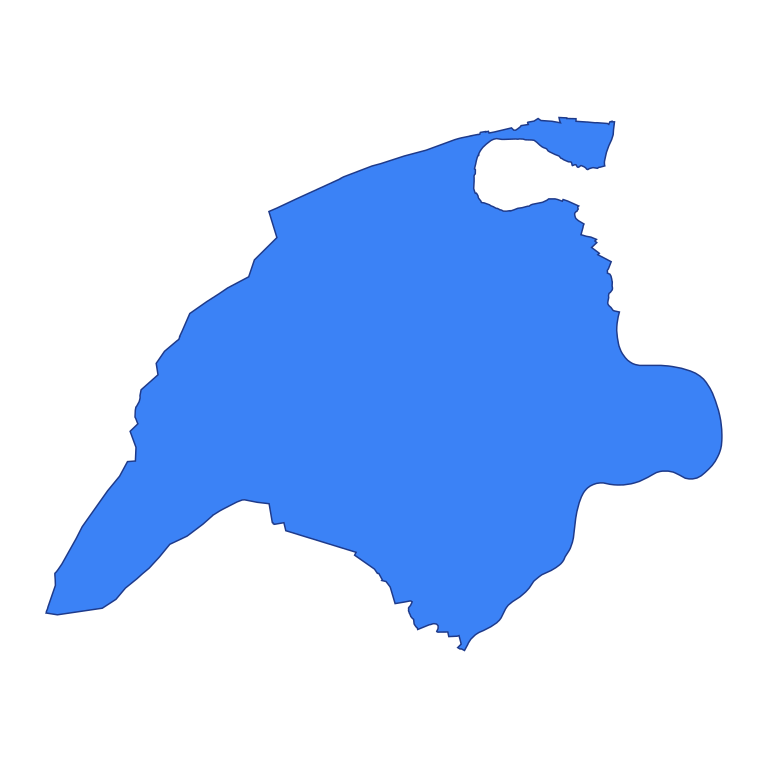 the district of Brummen, Gelderland, Netherlands
{"feature_id": "6326949B17971297076651", "entity_name": "Brummen", "entity_type": "district", "adm_level": 2, "iso_a3": "NLD", "parent_name": "Netherlands", "parent_adm1": "Gelderland", "projection": "albers", "projection_center": [6.134, 52.111], "detail": "fine", "context": "isolated", "style": "filled", "palette": "blue", "viewbox_px": 768, "rotation_deg": 0, "n_neighbors": 0, "source": "geoboundaries", "source_scale": "gbopen_adm2", "svg_char_len": 6104}
<svg xmlns="http://www.w3.org/2000/svg" viewBox="0 0 768 768"><path d="M54.9,573.3L54.9,575.1L55.2,579.2L55.4,585.4L48.0,606.9L47.5,608.9L46.4,611.4L46.3,612.6L46.1,613.0L57.4,614.8L102.3,608.2L116.0,599.3L125.4,588.1L137.0,578.7L142.4,573.8L149.1,568.2L159.4,557.0L169.8,544.3L187.1,536.1L203.0,524.1L212.8,515.4L212.9,515.1L213.1,514.9L213.4,514.9L219.6,511.0L222.7,509.3L228.5,506.3L236.9,502.0L242.1,500.0L244.5,499.8L257.2,502.3L269.1,503.7L272.3,522.5L272.9,522.6L273.1,523.5L273.3,523.8L274.0,523.9L274.2,524.3L275.7,524.1L283.9,522.7L285.8,530.7L356.1,552.3L354.6,555.2L374.5,569.1L377.2,573.1L377.6,573.1L377.7,573.4L378.9,573.6L382.7,580.6L381.9,580.4L381.8,580.5L386.0,581.5L389.6,586.2L390.0,586.7L390.5,588.0L395.1,603.6L404.6,602.0L410.3,600.9L411.2,601.2L412.1,601.8L411.9,602.5L410.5,605.5L409.8,606.3L409.6,606.4L408.6,607.8L408.5,608.2L408.7,609.2L408.5,610.2L408.6,611.1L409.1,612.1L409.2,612.9L410.0,614.3L410.8,616.5L412.4,618.4L413.6,619.3L414.1,623.7L414.3,624.3L416.0,626.8L417.3,628.0L417.7,629.5L429.2,624.8L430.8,624.5L433.1,623.7L434.6,623.7L436.6,624.1L438.1,625.7L438.1,628.4L437.6,629.6L436.7,631.4L436.9,631.7L437.8,632.1L447.8,632.0L448.8,636.6L457.2,636.2L459.0,635.6L460.7,642.1L461.1,644.2L457.7,647.6L460.0,649.0L461.4,648.9L464.5,650.5L467.9,644.2L468.2,643.3L470.8,639.2L475.0,635.1L476.2,634.2L479.1,632.4L483.5,630.5L490.9,626.7L496.7,622.8L497.6,621.9L499.4,620.2L501.1,617.9L505.6,608.8L506.9,606.9L508.3,605.1L512.6,601.6L519.9,596.9L522.5,594.7L525.8,591.8L529.3,587.9L533.7,581.3L534.9,580.2L539.0,576.8L541.9,574.7L551.1,570.5L555.8,567.7L559.3,565.1L561.0,563.6L562.7,561.6L563.9,559.7L565.1,556.8L569.2,550.4L570.3,548.3L572.4,542.3L573.4,537.9L575.7,518.3L576.9,511.5L579.2,502.7L581.4,496.8L583.3,493.1L584.5,491.3L586.3,489.2L587.6,487.9L590.2,486.0L593.3,484.5L596.5,483.4L600.2,482.9L603.2,482.9L609.9,484.3L614.0,484.8L617.7,485.0L623.5,484.9L631.1,483.8L634.6,482.9L639.4,481.4L647.7,477.4L653.5,474.1L656.5,472.5L660.0,471.5L662.6,471.1L668.1,471.1L673.2,472.1L675.3,473.0L679.6,475.1L685.2,478.2L689.0,478.9L692.7,478.9L697.0,478.0L701.3,475.7L705.1,472.5L708.7,469.1L712.2,465.4L715.2,461.3L717.6,456.9L719.1,453.7L720.0,451.2L720.7,448.9L721.4,445.5L721.8,440.8L721.9,437.9L721.9,434.9L721.7,429.4L721.2,424.6L720.7,420.5L719.7,415.4L718.5,410.4L715.4,400.7L712.5,393.2L710.0,388.3L706.2,382.4L703.5,379.1L699.9,376.0L695.5,373.2L690.4,371.0L681.6,368.3L672.7,366.6L668.5,366.0L660.9,365.4L639.5,365.4L635.5,364.6L632.7,363.6L630.3,362.2L627.6,360.2L625.2,357.6L622.4,353.7L621.0,351.2L620.0,348.7L619.0,346.0L618.5,343.9L617.4,337.7L616.7,330.6L616.8,326.9L617.1,323.3L618.2,316.7L619.4,312.0L614.7,311.0L613.3,310.5L612.8,310.0L611.0,307.5L609.2,305.9L608.2,304.6L608.0,304.1L607.7,303.1L608.0,300.9L608.7,297.7L608.5,295.7L608.9,293.7L609.1,293.3L610.4,292.3L612.3,289.7L612.5,288.1L612.1,285.8L612.3,281.9L612.0,280.9L611.7,278.9L611.0,276.1L609.9,274.2L607.4,273.1L607.5,272.5L607.3,270.6L607.5,270.1L608.3,269.0L608.7,268.1L611.2,261.7L598.0,254.8L597.8,254.7L599.3,253.3L591.6,247.5L596.8,242.6L594.9,241.0L596.5,239.4L590.9,237.1L586.4,236.3L581.0,234.7L583.0,227.4L583.2,225.9L584.0,224.0L579.1,221.1L577.8,220.2L576.0,218.6L575.7,218.2L575.1,216.6L574.7,214.9L574.7,213.4L575.1,212.7L576.0,211.7L577.1,211.1L577.5,210.1L578.2,209.1L577.8,207.8L577.8,206.7L578.7,206.0L567.6,201.0L563.1,199.5L562.3,201.2L557.6,199.5L555.1,198.9L548.7,198.9L546.8,200.3L542.5,202.3L532.5,204.3L530.9,204.9L529.0,206.2L527.7,206.2L522.1,207.7L517.8,208.3L514.0,209.8L510.7,210.9L509.9,210.9L509.9,210.7L506.2,211.2L503.3,211.1L501.5,210.1L499.7,209.7L499.0,209.2L497.3,208.4L496.1,208.3L493.3,206.7L490.9,205.8L489.5,204.8L484.2,202.9L481.4,202.5L480.9,201.1L478.6,198.2L478.2,197.2L478.1,196.1L477.2,194.3L476.3,193.1L475.4,193.3L475.0,192.7L473.7,188.6L474.1,181.2L474.1,178.0L474.0,176.2L474.3,175.1L474.6,174.6L475.1,174.1L475.3,173.7L475.4,169.7L475.2,169.3L474.5,169.0L474.5,168.6L475.6,164.3L476.3,160.9L477.3,157.2L478.1,155.6L478.6,155.5L478.9,154.9L478.5,154.3L479.9,151.5L481.2,149.5L482.9,147.3L486.3,144.1L490.8,140.6L492.4,139.8L493.8,139.2L496.5,138.6L501.9,139.4L503.9,139.4L515.7,139.0L517.9,139.2L519.7,138.9L521.0,139.0L523.1,139.1L525.4,139.8L531.7,140.0L534.1,140.3L536.8,142.3L539.8,145.1L542.0,146.8L543.5,147.6L546.0,148.5L546.7,149.0L547.0,149.3L548.0,150.8L549.5,151.8L555.1,154.5L559.0,156.0L561.0,158.3L562.3,158.7L563.2,159.5L564.0,159.9L568.4,161.8L570.4,161.9L571.2,162.2L571.4,162.4L571.8,163.6L572.1,165.0L572.3,165.5L572.5,165.6L574.8,164.7L575.7,164.7L576.0,164.8L577.2,166.8L577.6,167.1L578.1,167.3L579.3,166.8L580.7,165.6L581.3,165.6L584.1,166.8L585.7,167.9L586.6,169.1L587.5,169.5L587.9,169.5L589.4,168.6L592.1,167.8L593.1,167.6L597.5,168.3L598.9,167.3L600.1,167.2L604.8,165.9L604.5,164.6L604.4,162.6L604.5,161.2L605.8,155.2L606.5,152.2L608.8,145.8L611.6,139.7L613.0,135.3L613.2,134.5L613.5,129.9L614.5,121.8L611.7,121.8L611.8,121.3L609.8,121.9L608.8,124.4L607.5,123.5L606.4,123.4L596.9,122.7L595.4,122.8L587.1,122.0L586.4,122.0L576.0,121.3L576.0,118.7L566.8,118.5L566.8,117.9L559.0,117.5L559.7,120.9L560.5,122.8L552.1,121.3L540.9,120.5L538.1,118.5L534.0,121.1L527.9,122.2L527.6,122.5L527.7,122.9L528.3,124.5L521.1,125.6L520.4,126.7L517.9,128.7L515.6,130.2L513.7,130.1L511.5,127.9L494.3,132.0L489.0,133.0L488.4,131.3L485.6,132.0L485.6,131.5L480.4,132.4L480.1,133.0L479.9,134.1L479.7,134.3L478.6,134.5L478.6,134.4L478.2,134.4L470.9,135.8L471.0,135.9L461.2,137.9L458.8,138.5L454.7,139.7L426.1,150.2L404.3,156.0L380.9,163.6L372.0,166.0L343.5,176.9L340.4,178.5L340.5,178.7L296.8,198.7L276.8,208.1L268.9,211.5L276.9,237.6L254.4,259.9L248.7,276.8L227.7,287.9L219.0,293.8L206.8,301.6L189.8,313.5L182.1,331.2L179.7,336.3L179.9,336.4L178.8,339.4L176.7,341.0L164.5,351.3L156.2,363.4L158.0,374.8L141.1,389.8L140.0,395.5L140.1,398.0L139.2,401.6L136.6,406.3L135.9,407.1L135.3,410.3L135.0,417.1L135.7,418.4L137.4,422.8L137.9,423.8L130.1,431.3L136.0,447.4L135.4,461.0L127.5,461.6L119.6,476.2L107.6,490.8L82.2,526.7L76.3,538.3L61.9,564.0L58.2,569.4L56.4,571.8L54.9,573.3Z" fill="#3b82f6" stroke="#1e3a8a" stroke-width="1.5"/></svg>